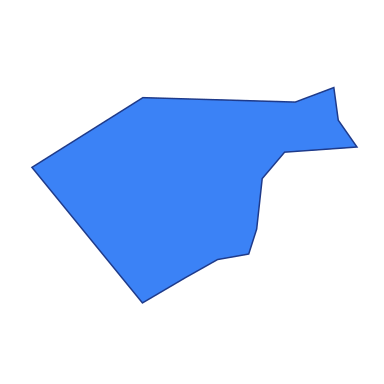 the state/province of Qala, rotated 184°
{"feature_id": "MLT-5980", "entity_name": "Qala", "entity_type": "state/province", "adm_level": 1, "iso_a3": "MLT", "parent_name": "Malta", "parent_adm1": "", "projection": "natural_earth1", "projection_center": [14.311, 36.036], "detail": "fine", "context": "isolated", "style": "filled", "palette": "blue", "viewbox_px": 384, "rotation_deg": 184, "n_neighbors": 0, "source": "natural_earth", "source_scale": "10m", "svg_char_len": 333}
<svg xmlns="http://www.w3.org/2000/svg" viewBox="0 0 384 384"><g transform="rotate(184 192 192)"><path d="M233.7,77.9L353.4,205.4L247.6,282.7L95.3,288.9L57.8,306.1L51.1,273.8L30.6,248.4L102.4,238.2L122.9,210.3L124.9,159.5L131.1,134.1L161.8,126.4L192.6,106.1L233.7,77.9Z" fill="#3b82f6" stroke="#1e3a8a" stroke-width="1.5"/></g></svg>